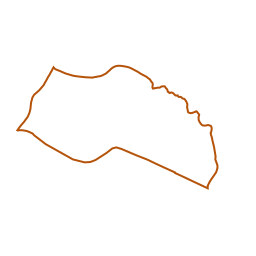 the district of Al Mahfad, Abyan, Yemen, rotated 28°
{"feature_id": "15242507B3305834191455", "entity_name": "Al Mahfad", "entity_type": "district", "adm_level": 2, "iso_a3": "YEM", "parent_name": "Yemen", "parent_adm1": "Abyan", "projection": "equal_earth", "projection_center": [46.687, 14.009], "detail": "fine", "context": "isolated", "style": "outline", "palette": "amber", "viewbox_px": 256, "rotation_deg": 28, "n_neighbors": 0, "source": "geoboundaries", "source_scale": "gbopen_adm2", "svg_char_len": 3749}
<svg xmlns="http://www.w3.org/2000/svg" viewBox="0 0 256 256"><g transform="rotate(28 128 128)"><path d="M182.5,81.9L182.3,81.8L181.5,81.4L180.7,81.1L180.4,81.3L180.0,81.7L179.6,82.4L179.5,82.5L178.8,83.2L178.2,83.9L177.6,84.6L176.8,85.2L175.9,85.6L175.1,85.8L174.3,85.9L173.5,85.7L172.9,85.0L172.3,84.2L171.6,83.3L171.0,82.6L170.4,81.9L170.0,80.9L169.6,79.9L169.1,78.9L168.4,78.4L167.7,77.8L167.0,77.2L166.2,76.8L165.4,76.4L164.6,76.0L163.7,75.9L162.9,76.2L162.1,76.3L161.3,76.0L160.5,75.8L159.6,75.9L158.9,76.4L158.1,76.7L157.2,76.5L156.5,75.9L155.7,76.5L155.0,76.9L154.1,76.9L153.3,76.6L152.4,76.3L151.6,76.1L150.7,76.1L149.9,76.1L149.2,76.6L148.6,77.5L147.8,77.6L147.0,77.1L146.2,77.3L145.5,76.6L144.9,75.9L144.1,75.4L143.3,75.1L142.5,74.9L141.7,74.4L141.0,74.0L140.2,74.3L139.4,74.8L138.6,75.2L137.9,75.9L137.5,76.8L136.9,77.6L136.1,78.0L135.3,78.4L134.5,79.1L133.7,79.8L132.9,80.2L132.3,81.0L131.5,81.5L130.8,81.0L130.2,80.1L129.9,79.2L129.5,78.1L129.0,77.3L128.3,76.6L127.4,76.4L126.7,76.0L125.9,75.7L125.1,75.1L124.3,74.7L123.5,74.7L122.8,74.6L122.6,74.6L121.7,74.4L120.9,74.2L120.1,74.1L119.2,74.1L118.1,74.1L117.3,74.1L116.3,74.1L115.3,74.1L114.4,74.1L113.5,74.1L112.5,74.0L111.4,73.9L110.5,73.8L109.7,73.8L108.8,73.8L107.9,73.8L107.1,73.8L106.0,73.8L105.0,73.8L104.1,73.8L103.3,73.8L102.3,73.9L101.4,73.9L100.5,74.0L99.7,74.2L98.8,74.4L97.7,74.7L96.9,74.9L96.1,75.2L95.1,75.5L94.2,75.9L93.3,76.2L92.5,76.5L91.6,76.9L90.8,77.3L90.0,77.8L89.2,78.3L88.5,78.9L87.8,79.6L87.1,80.4L86.5,81.3L86.0,82.2L85.6,83.1L85.2,84.1L84.7,85.7L84.3,86.7L83.9,87.7L83.5,88.9L83.1,89.9L82.6,90.8L82.0,91.7L81.4,92.4L80.7,93.5L80.1,94.3L79.4,95.0L78.7,95.6L78.0,96.1L77.1,96.8L76.4,97.4L75.7,97.9L74.9,98.5L74.2,99.1L73.5,99.8L72.7,100.3L71.9,100.7L71.0,101.1L70.2,101.5L69.3,101.9L68.3,102.4L67.5,102.7L66.5,103.2L65.6,103.6L64.7,103.9L63.8,104.3L62.9,104.7L62.0,105.0L60.8,105.5L59.8,105.9L58.7,106.3L57.9,106.6L57.1,106.9L56.3,107.2L55.5,107.4L54.5,107.7L53.6,107.9L52.7,108.1L51.6,108.3L50.5,108.5L49.7,108.7L48.8,108.9L47.9,109.0L46.9,109.2L46.1,109.3L45.2,109.3L44.4,109.4L43.6,109.5L42.7,109.5L41.8,109.6L41.0,109.6L40.1,109.8L39.1,109.9L38.1,110.0L37.3,110.1L36.3,110.1L35.5,110.0L34.5,109.7L33.8,109.4L33.8,109.7L33.7,110.5L33.7,111.3L33.8,112.1L33.8,113.0L33.8,113.8L33.7,114.6L33.7,115.4L33.7,116.3L33.7,117.4L33.7,118.2L33.6,119.1L33.5,119.9L33.5,120.7L33.5,121.5L33.5,122.3L33.5,123.2L33.5,124.0L33.5,124.8L33.5,125.6L33.4,126.5L33.4,127.4L33.4,128.3L33.4,129.2L33.4,129.8L32.7,132.8L31.9,136.4L30.9,139.1L29.5,142.7L29.3,145.9L30.5,151.1L32.9,157.0L33.9,161.1L34.2,165.4L34.1,165.9L34.0,166.7L33.9,167.6L33.7,168.4L33.6,169.2L33.5,170.0L33.4,170.8L33.3,171.6L33.1,172.4L32.9,173.2L32.7,174.1L32.5,174.8L32.3,175.7L32.2,176.4L32.1,177.2L31.9,178.0L31.8,178.8L31.7,179.6L31.6,180.4L31.6,181.2L31.4,182.0L31.7,182.0L32.2,181.6L32.9,181.2L33.5,180.8L34.2,180.4L34.7,180.1L35.2,179.9L35.8,179.6L36.5,179.3L37.2,179.1L37.8,178.9L38.4,178.7L39.0,178.5L39.8,178.3L40.5,178.1L41.4,178.0L42.1,178.0L42.8,177.8L43.5,177.8L44.2,177.8L44.8,177.8L45.4,177.8L46.2,177.6L48.6,178.5L62.9,180.9L94.1,181.6L105.4,178.8L106.2,178.5L110.7,175.7L114.3,171.6L120.7,160.2L123.8,153.3L126.8,150.6L131.9,149.6L148.1,148.2L160.3,146.8L168.3,146.5L177.4,146.0L190.4,145.2L190.6,145.6L226.7,143.8L225.5,141.5L225.4,137.3L225.7,133.3L226.2,129.4L226.6,125.6L225.8,121.4L224.5,119.0L222.7,117.3L219.8,114.7L218.7,112.0L212.9,104.4L208.6,99.6L206.3,96.8L204.5,95.1L203.4,93.7L203.5,93.5L203.0,91.5L202.6,90.1L202.1,89.1L201.3,88.0L200.2,87.3L198.9,87.4L197.2,87.8L195.8,89.1L194.4,90.0L193.2,90.5L192.1,90.7L190.1,90.0L188.4,89.1L186.7,87.8L185.5,85.9L185.1,85.0L184.9,84.0L184.6,82.8L183.8,82.4L183.0,82.1L182.5,81.9Z" fill="none" stroke="#b45309" stroke-width="2"/></g></svg>